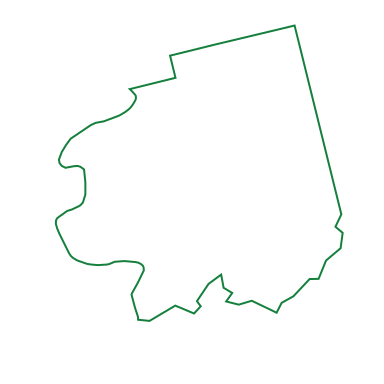 Marshall, Oklahoma, United States of America (Natural Earth projection), rotated 76°
{"feature_id": "52423323B10683524910186", "entity_name": "Marshall", "entity_type": "district", "adm_level": 2, "iso_a3": "USA", "parent_name": "United States of America", "parent_adm1": "Oklahoma", "projection": "natural_earth1", "projection_center": [-96.746, 33.999], "detail": "fine", "context": "isolated", "style": "outline", "palette": "green", "viewbox_px": 384, "rotation_deg": 76, "n_neighbors": 0, "source": "geoboundaries", "source_scale": "gbopen_adm2", "svg_char_len": 1207}
<svg xmlns="http://www.w3.org/2000/svg" viewBox="0 0 384 384"><g transform="rotate(76 192 192)"><path d="M78.0,52.2L55.3,52.2L54.5,133.8L54.4,180.3L77.2,180.4L77.1,227.5L78.8,226.4L84.0,223.6L85.4,223.3L87.7,223.8L89.2,224.7L92.4,227.8L95.0,230.9L96.4,233.2L98.2,237.4L100.2,244.0L102.1,260.4L101.6,268.7L102.6,274.0L110.9,296.8L115.9,302.8L121.7,308.7L128.4,313.3L132.0,313.5L135.1,312.1L137.9,308.9L138.4,300.3L139.1,296.5L140.6,294.1L144.0,291.3L156.7,293.1L168.7,296.1L175.8,300.4L177.7,303.2L178.3,304.9L179.9,312.7L180.2,317.7L184.1,327.6L185.0,329.4L187.0,331.0L190.1,331.8L195.0,331.6L200.2,330.8L222.1,326.0L224.9,324.9L227.3,323.3L230.5,320.1L236.3,311.3L237.9,307.6L240.2,300.9L241.8,292.1L241.9,289.9L241.0,283.8L242.7,274.2L246.3,263.8L247.6,261.2L249.4,259.1L251.6,257.5L253.4,257.2L256.4,257.7L266.7,266.3L275.8,274.8L277.0,275.5L290.5,275.3L300.1,274.6L302.9,275.2L306.8,264.4L298.2,235.7L310.4,219.4L305.0,211.2L299.1,213.6L285.2,198.2L279.2,183.7L292.6,184.5L299.7,177.4L306.5,185.3L312.6,173.9L312.0,160.3L329.6,139.1L321.2,131.8L317.7,118.8L304.9,98.9L306.9,90.2L290.9,78.5L282.5,61.4L268.1,55.7L260.4,61.2L249.8,52.5L78.0,52.2Z" fill="none" stroke="#15803d" stroke-width="2"/></g></svg>